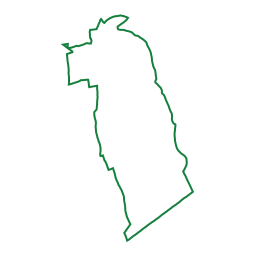 Khan Na Yao, Bangkok Metropolis, Thailand
{"feature_id": "78962969B51351558142585", "entity_name": "Khan Na Yao", "entity_type": "district", "adm_level": 2, "iso_a3": "THA", "parent_name": "Thailand", "parent_adm1": "Bangkok Metropolis", "projection": "equal_earth", "projection_center": [100.671, 13.819], "detail": "fine", "context": "isolated", "style": "outline", "palette": "green", "viewbox_px": 256, "rotation_deg": 0, "n_neighbors": 0, "source": "geoboundaries", "source_scale": "gbopen_adm2", "svg_char_len": 5585}
<svg xmlns="http://www.w3.org/2000/svg" viewBox="0 0 256 256"><path d="M63.1,44.6L66.1,46.9L68.4,48.6L71.5,50.8L72.3,51.4L72.4,52.2L66.9,54.1L67.0,54.8L67.4,58.9L67.5,60.7L68.3,65.5L68.4,66.5L68.6,68.9L68.7,71.0L68.6,72.0L68.6,72.9L68.6,73.6L68.6,74.2L68.8,75.2L69.0,76.7L69.0,80.0L69.0,82.3L69.0,83.1L68.8,84.6L69.0,84.6L69.5,84.4L71.3,83.9L78.7,81.5L79.0,81.3L79.8,81.0L80.6,80.3L80.8,80.2L83.4,80.1L85.0,79.9L85.3,79.9L85.6,79.9L86.2,79.8L87.3,79.7L88.0,79.6L88.2,79.8L88.8,83.9L89.0,85.6L89.1,86.7L89.3,87.2L91.6,86.7L92.1,86.6L92.6,86.5L93.6,86.3L94.9,86.2L95.8,86.0L97.1,85.8L97.1,86.9L97.2,89.8L97.4,91.1L97.5,91.6L97.5,93.5L97.4,94.6L97.4,94.9L97.5,95.8L97.6,97.1L97.4,98.8L97.2,100.9L97.1,103.9L97.1,104.8L97.0,105.0L96.9,106.3L96.8,107.1L96.7,108.6L96.5,109.5L96.4,109.8L96.1,110.0L95.8,110.4L95.3,110.9L95.0,111.2L94.6,111.7L94.4,112.0L94.2,112.6L94.3,114.6L94.4,115.6L94.8,118.0L94.9,118.3L95.8,121.5L95.9,122.3L95.8,125.0L95.6,126.0L95.7,127.5L95.9,129.5L96.0,131.2L96.4,133.3L96.6,134.2L97.0,135.4L97.3,136.9L97.5,137.8L98.5,140.4L98.6,140.8L98.7,141.6L98.9,142.0L99.1,142.2L99.3,142.8L99.5,143.3L99.7,143.9L100.5,147.6L100.5,148.5L100.6,150.4L100.5,151.5L100.3,153.2L100.2,153.9L100.2,154.7L100.2,155.1L100.3,155.5L100.5,155.9L100.6,156.0L100.9,156.1L101.5,155.9L102.8,155.4L103.9,158.5L104.6,160.7L105.3,161.2L105.5,162.0L106.3,163.4L107.8,167.8L108.6,169.9L110.7,169.2L113.0,168.2L114.7,173.6L115.5,177.2L115.7,177.9L116.5,180.0L117.1,181.3L118.0,183.2L118.1,183.7L118.5,184.8L119.0,185.6L119.4,186.3L119.5,186.4L119.6,186.6L120.6,188.5L121.7,190.5L122.2,192.0L122.3,192.1L122.8,193.3L123.0,194.2L123.5,195.3L123.7,195.9L123.9,196.6L124.1,200.2L124.5,202.4L125.0,205.4L125.2,207.0L125.3,209.8L125.4,210.8L125.7,212.1L126.2,214.2L126.8,216.3L127.2,217.6L127.6,218.3L127.8,218.7L128.1,219.5L128.4,220.1L130.0,223.5L130.4,224.2L127.9,227.8L124.3,232.9L125.7,236.1L126.5,238.4L127.2,240.6L128.7,239.7L129.6,239.0L130.1,238.6L130.4,238.4L130.9,238.0L132.1,237.0L134.1,235.5L135.6,234.6L136.6,233.8L137.8,232.8L139.2,231.8L140.0,231.2L140.4,231.0L142.0,229.6L143.0,228.8L143.6,228.4L145.2,227.2L145.6,227.0L146.2,226.5L147.7,225.3L152.0,222.2L153.9,221.0L156.1,219.3L157.8,218.2L159.2,217.1L159.4,216.9L160.2,216.3L160.7,215.9L161.9,214.8L163.0,214.1L163.6,213.7L164.4,213.1L165.0,212.6L166.0,212.0L168.1,210.3L170.5,208.6L172.5,206.9L175.0,205.3L180.1,201.5L180.7,200.9L181.8,199.9L182.7,199.2L183.7,198.5L184.3,198.0L185.1,197.5L186.3,196.8L192.9,191.8L192.5,191.0L191.6,189.1L189.8,185.1L187.2,179.9L185.9,176.8L185.4,175.8L183.9,173.1L183.2,171.4L183.3,171.3L183.4,171.0L184.1,169.9L184.7,168.9L185.3,167.6L186.4,165.1L186.7,163.6L186.8,162.9L186.7,162.3L186.6,160.4L186.5,159.7L186.4,158.9L186.1,157.9L186.0,157.7L185.8,157.4L184.9,156.3L184.2,155.6L183.7,155.1L181.9,154.0L180.6,152.9L178.8,151.0L177.8,149.9L176.8,147.9L176.6,147.4L175.8,144.5L175.5,143.0L175.4,142.5L175.2,141.7L174.9,140.0L175.0,139.7L174.8,138.0L174.6,135.6L174.5,134.1L174.7,132.0L174.8,131.7L174.9,130.9L175.0,128.9L175.2,127.9L175.2,127.2L175.5,125.1L175.3,124.4L175.2,124.4L175.0,124.2L173.9,123.6L173.7,123.5L173.1,122.6L172.6,121.7L172.2,120.7L171.9,119.3L171.9,118.6L172.1,116.0L172.0,115.7L171.9,115.0L172.0,114.9L171.8,114.0L171.7,113.4L171.2,112.5L170.7,111.6L169.8,109.5L169.4,108.3L168.5,105.6L167.7,104.0L165.8,99.7L165.4,98.5L164.8,96.9L164.2,95.5L164.1,95.3L163.6,94.6L163.4,94.5L162.4,93.7L162.0,93.2L161.9,92.7L161.9,92.1L161.9,91.1L161.7,90.0L161.4,89.1L160.8,88.2L160.6,87.6L160.3,87.4L159.0,86.1L157.6,84.6L157.4,84.3L155.6,82.7L155.4,82.3L155.3,81.7L155.3,81.3L155.8,80.1L156.2,79.4L156.3,78.9L156.3,78.5L156.0,76.4L155.9,75.8L155.8,75.3L155.5,72.7L155.2,70.5L153.9,67.8L153.5,66.9L153.0,65.2L152.9,64.7L152.7,63.7L152.3,62.1L152.2,61.8L152.1,61.3L151.9,59.6L151.9,59.0L151.8,57.8L151.4,55.6L151.0,54.1L150.9,53.2L150.2,51.0L148.9,48.2L148.0,46.8L147.4,45.4L147.1,44.6L146.5,42.8L146.4,42.4L145.8,41.8L144.9,40.9L143.3,39.6L141.6,38.4L140.8,38.0L139.8,37.4L139.4,36.9L138.5,36.2L137.7,35.8L136.8,35.7L135.2,35.4L134.7,35.1L134.3,34.7L132.8,33.2L132.1,32.6L131.8,32.4L131.7,32.4L131.5,32.2L131.1,32.0L129.9,31.6L129.4,31.5L128.3,31.2L126.5,30.8L125.9,30.6L124.9,30.3L124.7,30.3L124.4,30.1L123.3,29.9L121.0,29.9L119.6,29.7L118.7,29.5L118.1,29.2L117.9,28.9L117.8,28.7L117.7,28.5L117.6,26.7L117.8,26.4L118.7,25.8L120.0,24.9L120.5,24.5L123.3,22.6L124.3,21.9L124.8,21.4L125.8,20.5L126.3,20.1L126.6,19.8L127.6,18.3L128.0,17.9L127.5,17.5L127.1,17.4L126.8,17.2L125.9,16.9L125.7,16.8L125.4,16.8L124.6,16.4L123.4,16.0L122.6,15.9L121.8,15.8L121.5,15.7L120.4,15.4L119.4,15.7L118.9,15.8L118.1,15.9L117.9,15.9L117.5,16.0L117.1,16.1L116.7,16.2L115.4,16.2L115.2,16.2L114.5,16.5L113.7,16.6L112.5,17.1L111.7,17.4L111.1,17.7L110.1,18.1L109.5,18.5L107.8,19.6L106.3,20.8L105.2,21.9L104.8,22.6L104.5,22.9L104.4,22.9L103.7,22.6L103.1,22.0L102.7,21.4L102.1,20.3L101.0,19.0L100.8,19.2L100.3,20.0L100.1,21.0L99.4,22.6L99.1,23.1L98.7,24.0L98.1,25.7L97.3,27.4L96.7,28.7L96.5,29.2L96.4,29.2L96.0,29.2L95.7,29.2L95.3,29.3L91.8,29.8L90.5,29.8L90.2,29.8L90.1,30.1L89.9,31.2L89.7,31.8L89.7,32.1L89.7,32.4L90.0,34.6L89.9,35.7L90.0,36.3L90.1,36.9L90.2,38.0L90.3,38.2L90.5,38.1L90.8,38.5L91.1,39.2L91.1,39.3L91.1,39.7L91.1,39.8L91.4,40.4L91.5,41.0L91.4,41.2L91.3,42.0L91.0,42.9L90.9,43.5L90.1,43.5L89.7,43.5L89.2,43.5L87.7,43.3L87.1,43.1L86.5,43.3L86.0,43.3L85.8,43.4L84.8,44.0L84.1,44.3L78.4,46.2L77.3,45.9L76.5,45.8L73.1,47.1L72.5,47.2L72.0,47.5L71.4,47.7L70.1,47.7L69.9,47.8L69.2,48.1L67.3,46.7L67.6,45.4L67.8,44.3L67.9,44.0L67.9,43.9L66.4,44.1L63.1,44.6Z" fill="none" stroke="#15803d" stroke-width="2"/></svg>